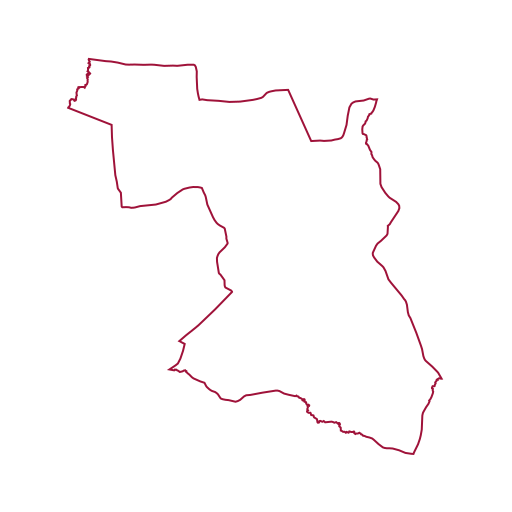 Mueang Roi Et, Roi Et, Thailand (orthographic projection), rotated 355°
{"feature_id": "78962969B98295189925556", "entity_name": "Mueang Roi Et", "entity_type": "district", "adm_level": 2, "iso_a3": "THA", "parent_name": "Thailand", "parent_adm1": "Roi Et", "projection": "orthographic", "projection_center": [103.568, 16.014], "detail": "fine", "context": "isolated", "style": "outline", "palette": "rose", "viewbox_px": 512, "rotation_deg": 355, "n_neighbors": 0, "source": "geoboundaries", "source_scale": "gbopen_adm2", "svg_char_len": 6019}
<svg xmlns="http://www.w3.org/2000/svg" viewBox="0 0 512 512"><g transform="rotate(355 256 256)"><path d="M430.2,394.4L427.3,388.2L426.5,387.1L422.0,381.6L416.0,375.3L415.2,374.1L414.6,372.6L414.0,370.2L413.3,363.2L412.5,359.7L409.0,346.5L406.0,336.6L404.4,331.3L403.0,328.5L402.4,325.2L402.1,317.7L401.4,314.6L400.7,313.0L399.9,312.0L397.6,308.0L388.1,294.3L385.9,290.8L383.7,282.2L382.0,278.4L381.0,277.1L376.3,272.2L373.5,267.7L372.6,265.6L372.5,263.9L372.7,262.9L376.5,256.2L378.2,254.2L381.8,251.8L387.8,247.0L388.7,245.8L389.0,245.0L390.0,238.2L389.9,237.5L392.0,236.0L393.4,234.0L401.7,223.6L403.0,220.8L403.0,218.4L402.3,216.8L400.3,214.3L394.2,209.6L392.9,208.1L390.3,204.4L387.1,198.4L386.2,195.0L387.3,180.4L386.3,176.2L385.7,174.4L385.1,173.5L383.2,171.6L382.2,170.2L380.8,167.8L380.4,165.7L379.8,164.4L380.1,162.5L378.8,160.2L377.5,156.0L376.3,154.2L375.9,154.2L375.4,153.7L375.4,152.9L376.1,151.5L376.4,150.1L376.9,149.7L376.7,149.0L376.8,148.2L376.5,147.5L376.6,146.3L376.3,145.3L374.1,144.0L373.1,143.7L372.8,143.0L372.9,139.0L373.5,136.2L374.3,135.2L376.2,133.6L376.8,132.2L376.9,131.5L378.0,130.7L379.2,128.6L379.7,127.0L381.1,125.5L381.2,124.7L381.6,124.5L383.3,124.2L383.7,123.3L384.4,122.8L385.6,121.3L387.4,117.8L389.1,113.4L389.2,112.8L390.2,110.5L386.7,110.4L383.6,109.1L382.4,109.1L376.8,110.5L368.6,110.7L366.2,111.5L364.4,112.6L362.0,116.1L359.6,124.3L357.6,133.3L354.4,141.3L353.5,143.3L352.6,144.6L351.7,145.5L350.7,146.1L347.8,146.7L344.8,146.9L341.1,147.5L333.8,147.3L330.0,146.6L321.0,146.3L302.5,93.3L289.9,92.8L285.3,93.3L283.5,93.6L281.3,94.3L280.5,94.8L276.8,98.1L275.1,98.9L270.7,99.7L266.6,100.2L253.6,100.8L242.9,100.2L232.5,98.2L220.9,96.5L216.1,95.3L213.3,95.5L212.7,92.2L212.3,88.9L212.0,84.4L212.5,72.5L213.1,66.9L212.5,62.4L211.7,60.7L210.6,60.0L204.7,59.5L194.2,59.7L189.9,59.1L181.1,58.6L171.2,56.6L168.1,56.2L161.0,55.8L151.9,54.7L146.0,54.3L142.9,53.9L135.2,51.3L128.5,49.6L123.3,48.8L106.7,45.1L106.5,45.6L106.9,45.9L106.6,46.6L107.3,48.0L106.1,49.1L106.5,49.3L106.5,49.9L107.2,50.0L107.5,51.3L107.1,52.0L106.2,52.4L106.4,53.5L106.0,53.6L105.7,54.1L105.0,54.1L104.9,56.3L104.3,57.3L105.4,58.0L105.7,58.8L106.5,59.4L106.7,59.8L106.5,60.0L105.8,59.9L105.4,60.7L104.8,60.9L104.3,60.7L104.4,60.1L104.2,59.8L103.6,60.2L103.1,60.8L103.3,61.2L104.2,61.7L103.4,62.2L104.1,63.2L103.2,63.9L103.8,65.3L103.5,66.5L103.5,67.9L102.6,70.0L102.1,70.5L101.0,70.7L101.1,71.7L100.3,72.1L100.2,72.6L100.3,72.9L100.0,73.4L99.2,72.7L98.9,72.6L96.6,72.4L95.2,72.5L94.4,72.2L93.6,72.5L93.9,73.6L92.4,74.4L92.4,75.6L91.4,77.5L91.4,79.4L91.6,80.4L90.8,81.4L90.8,82.2L90.3,83.2L90.5,84.0L90.0,85.2L89.6,85.4L88.7,85.6L88.4,85.2L88.3,84.3L86.8,83.8L85.7,83.6L85.0,84.5L84.4,84.8L83.9,85.4L84.0,86.6L83.8,87.4L84.2,88.5L83.6,90.0L82.6,91.2L82.0,91.6L81.8,92.0L123.6,112.8L122.9,125.0L122.7,137.8L122.9,163.2L123.8,169.8L124.2,176.4L124.4,177.0L126.9,181.2L126.5,195.0L126.7,195.4L127.1,195.8L131.2,196.0L133.8,196.4L135.8,197.1L137.8,197.2L139.7,197.1L144.9,196.2L160.7,196.0L170.9,194.1L174.1,192.8L175.9,191.9L177.3,190.5L183.1,186.4L188.8,183.3L190.5,182.8L195.7,182.0L199.4,181.8L204.2,182.3L206.4,182.9L208.0,183.5L209.5,188.2L210.7,191.1L211.1,192.9L212.0,200.5L216.5,213.5L217.8,216.5L219.6,219.5L220.8,220.9L222.7,222.5L226.6,225.1L227.2,225.9L227.3,226.5L228.2,234.1L228.0,236.1L228.9,240.6L228.7,241.2L225.7,244.6L220.0,249.2L218.6,250.9L217.6,252.8L216.9,254.6L216.7,258.4L217.5,269.6L217.8,270.3L219.0,271.5L222.5,277.4L222.2,282.3L222.4,283.9L222.9,284.8L228.2,288.2L229.0,289.4L229.0,289.7L210.6,305.6L192.9,319.8L189.2,322.4L179.1,329.1L172.2,334.1L177.3,337.4L175.0,344.2L171.7,351.7L168.8,356.3L166.4,357.9L159.9,361.5L164.6,362.8L165.1,362.6L165.3,362.1L166.8,362.3L167.4,363.0L168.4,363.5L170.0,364.9L172.8,364.5L174.2,363.8L175.5,363.7L175.7,364.3L176.3,364.5L176.1,364.9L176.2,365.3L176.9,365.7L177.4,366.6L179.3,368.4L181.6,371.2L183.1,372.5L189.6,376.1L193.6,377.8L195.0,381.2L195.6,382.2L197.6,384.4L198.8,385.5L200.2,386.5L203.5,388.0L204.9,389.2L206.0,390.4L208.1,394.3L208.8,395.1L210.4,395.8L213.1,396.6L216.2,397.2L222.9,399.4L225.3,398.9L227.7,397.9L231.9,394.8L234.1,393.9L238.4,393.9L250.6,392.7L264.0,391.8L265.8,392.0L267.6,392.6L272.0,395.5L276.5,397.1L282.6,399.0L283.2,399.0L284.2,398.6L284.9,399.5L286.0,399.7L286.7,401.0L288.0,401.4L289.7,402.7L289.6,403.6L289.8,403.9L290.8,403.8L291.3,402.8L291.7,402.9L292.0,403.7L291.8,404.4L291.3,404.8L291.4,405.2L292.0,405.6L293.1,406.0L293.2,406.3L293.1,407.4L293.9,408.6L295.3,408.7L296.0,409.4L295.9,409.7L295.4,409.4L294.3,410.1L294.5,411.4L293.7,413.0L294.4,414.3L293.3,415.0L293.3,415.5L293.5,415.9L294.7,416.8L296.5,416.9L296.8,417.4L297.0,419.0L297.2,419.3L298.9,419.6L299.4,419.9L299.6,421.3L299.9,421.9L302.1,423.5L302.5,423.9L302.7,426.3L302.8,427.1L303.2,427.5L304.2,427.4L304.4,427.2L304.8,426.0L305.8,425.9L307.6,426.9L308.1,426.8L309.1,426.3L310.4,427.7L316.8,427.6L318.2,428.1L319.5,428.9L321.4,428.5L323.3,430.4L323.8,429.6L324.3,429.6L324.7,430.0L325.0,430.9L324.2,432.3L324.1,432.9L325.4,434.3L325.3,437.3L326.0,437.6L327.5,438.8L328.8,438.8L329.4,439.2L330.0,439.9L330.4,439.8L330.5,439.3L330.9,439.1L332.8,440.1L333.0,440.0L333.6,438.9L333.9,438.9L335.4,439.6L337.4,439.8L337.8,439.4L338.3,439.4L338.7,440.1L338.5,441.1L339.5,442.0L340.3,441.6L342.1,441.7L343.5,441.1L343.9,441.5L344.8,442.0L345.1,442.8L346.3,443.3L347.0,444.4L348.4,444.7L350.1,445.7L353.2,446.7L355.8,447.9L357.3,449.3L361.7,454.1L365.7,457.7L367.3,458.4L369.4,458.9L371.8,459.1L375.4,459.7L381.6,462.0L387.7,465.2L393.6,466.6L395.6,466.9L396.5,465.1L401.0,457.7L403.3,452.5L404.5,449.0L406.0,443.4L407.8,429.4L408.6,426.9L409.4,425.6L412.3,421.4L414.9,418.3L416.2,415.9L415.9,415.1L417.3,413.7L418.5,411.8L420.2,408.2L420.7,406.5L420.3,405.6L420.6,403.7L419.8,403.2L419.8,402.5L420.6,401.1L422.0,401.3L422.6,401.1L422.9,399.9L423.8,398.6L423.5,397.9L423.5,397.5L424.8,396.4L424.9,395.6L425.2,395.1L426.2,395.2L426.2,394.5L427.6,393.8L429.1,394.1L429.7,394.4L430.2,394.4Z" fill="none" stroke="#9f1239" stroke-width="2"/></g></svg>